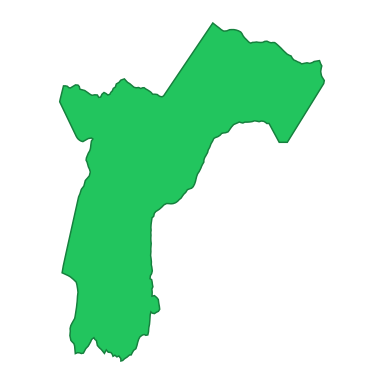 the district of Banabuiú, Ceará, Brazil
{"feature_id": "56859067B2884991819750", "entity_name": "Banabuiú", "entity_type": "district", "adm_level": 2, "iso_a3": "BRA", "parent_name": "Brazil", "parent_adm1": "Ceará", "projection": "equal_earth", "projection_center": [-38.898, -5.294], "detail": "fine", "context": "isolated", "style": "filled", "palette": "green", "viewbox_px": 384, "rotation_deg": 0, "n_neighbors": 0, "source": "geoboundaries", "source_scale": "gbopen_adm2", "svg_char_len": 3843}
<svg xmlns="http://www.w3.org/2000/svg" viewBox="0 0 384 384"><path d="M319.5,60.6L314.1,61.5L312.5,62.5L309.8,63.4L307.0,62.8L304.3,63.3L301.6,63.9L299.8,62.6L297.8,61.9L295.8,60.8L293.9,60.0L292.3,58.2L291.1,56.0L289.1,55.2L287.1,54.1L285.6,52.7L284.2,51.4L282.5,49.7L281.1,48.2L279.4,46.6L277.7,45.0L276.2,43.7L274.7,42.6L272.9,42.5L271.1,42.8L269.3,42.3L267.0,41.2L264.7,41.4L262.9,42.3L260.8,42.5L258.2,42.3L256.5,42.0L254.5,42.3L252.4,42.4L250.7,43.2L248.7,42.0L246.3,39.5L244.5,37.7L243.0,35.7L241.9,33.5L240.7,32.0L238.7,30.9L236.4,30.1L233.9,29.6L232.0,29.6L229.7,29.7L226.7,30.9L223.7,31.1L221.4,29.8L219.0,27.8L217.0,26.3L215.1,24.8L212.8,23.0L163.6,95.9L162.0,96.8L159.6,96.3L157.2,94.5L154.9,94.2L152.6,94.2L151.2,92.5L149.7,91.3L147.8,90.1L145.7,88.9L144.1,87.7L142.5,87.8L140.8,88.5L138.6,87.5L136.1,87.8L133.9,87.2L131.8,85.4L129.8,83.7L127.6,82.4L126.0,80.7L124.4,78.9L122.3,79.6L120.7,80.2L119.1,82.3L116.3,84.0L115.4,87.0L113.3,88.4L112.3,90.9L110.9,92.3L109.8,94.3L107.9,95.0L105.8,93.4L104.0,92.5L102.0,94.2L100.6,97.1L98.7,97.4L97.4,95.0L94.8,94.8L91.9,95.3L89.6,94.0L87.9,92.7L84.7,90.5L79.9,89.2L79.3,86.6L78.0,85.1L75.5,84.9L72.8,86.5L70.3,88.0L68.8,87.7L67.4,86.3L65.6,85.9L63.5,85.9L60.3,98.8L59.7,101.8L76.4,136.6L77.7,138.6L79.4,140.1L81.1,141.1L82.9,141.6L88.3,138.5L91.5,138.0L92.9,139.0L91.4,141.1L90.9,144.6L90.5,148.2L89.8,150.7L88.3,153.2L86.4,157.9L86.1,160.2L87.1,162.2L88.4,166.9L89.5,169.2L90.3,172.0L89.3,175.9L86.9,178.7L85.3,180.5L83.9,186.0L82.5,187.8L81.3,189.4L80.0,193.7L78.6,196.9L67.3,247.5L63.3,265.8L62.1,272.8L64.1,273.7L68.2,275.6L70.3,276.8L73.3,279.3L76.2,282.1L76.9,284.7L77.6,289.0L78.0,292.3L77.5,296.2L77.2,301.1L76.5,307.4L75.2,315.9L74.7,318.4L72.0,323.2L70.8,325.6L70.1,328.6L70.3,331.1L69.9,335.6L70.9,340.4L72.5,342.2L73.9,343.6L74.6,345.9L75.3,353.6L77.4,352.7L79.4,352.8L81.3,353.5L83.4,353.1L85.8,348.6L88.2,346.1L90.5,342.1L91.7,339.4L93.9,337.7L94.9,339.4L96.4,340.6L97.4,345.5L99.4,347.8L101.4,349.6L104.4,353.4L106.3,349.9L108.2,352.2L110.9,352.5L112.3,354.3L113.0,356.3L114.9,355.2L116.9,356.9L118.9,356.0L120.8,358.6L120.9,361.0L122.7,360.5L124.6,358.7L127.1,357.1L129.5,355.0L131.2,354.9L132.2,352.8L133.7,350.3L135.9,348.7L137.0,345.3L137.7,342.3L138.7,339.2L140.0,336.8L142.5,335.0L144.2,334.5L145.8,335.3L147.8,334.9L148.5,331.9L148.8,327.8L149.5,324.2L149.8,320.7L150.0,317.4L150.2,314.7L150.9,311.9L152.2,313.1L154.4,313.6L156.4,312.3L158.4,311.3L159.7,309.3L159.4,306.7L158.7,302.7L158.3,299.5L156.8,297.6L154.4,295.6L152.0,296.2L152.2,292.2L151.9,289.0L152.9,286.8L152.4,284.3L152.1,281.8L151.6,279.6L150.0,278.7L150.4,275.7L151.6,273.7L152.3,270.9L151.8,267.0L151.3,264.8L151.4,261.8L151.0,258.1L150.6,255.5L150.9,251.7L150.8,248.7L151.2,243.7L150.9,240.8L150.8,238.1L151.0,235.2L150.8,232.5L151.1,230.3L150.9,227.5L151.1,224.2L151.5,221.4L152.0,217.9L153.7,216.3L154.3,213.4L155.8,211.5L157.6,210.4L159.4,209.2L161.8,207.1L163.9,204.9L166.6,203.5L169.0,203.6L171.0,203.8L173.1,203.6L175.6,202.7L177.6,201.3L179.1,199.7L181.1,198.1L182.4,196.1L183.8,194.2L185.7,192.4L187.4,189.7L189.7,188.8L191.6,188.2L193.2,186.7L194.6,184.0L195.5,181.3L196.1,178.7L196.7,176.3L197.6,173.9L199.2,171.5L200.8,168.3L201.7,166.0L202.7,164.0L203.8,162.2L203.9,159.9L204.7,157.6L205.9,155.6L207.6,152.5L208.2,150.0L209.7,147.3L211.0,143.8L212.6,141.1L213.8,138.5L215.5,137.5L217.8,136.7L220.0,135.3L221.7,133.4L223.2,133.0L225.7,132.7L228.1,131.8L229.6,129.7L231.4,127.1L233.6,124.6L235.6,123.7L237.5,122.9L239.3,122.0L241.0,122.6L242.9,123.0L244.9,122.1L247.4,122.1L249.4,122.0L252.2,121.6L254.6,120.8L256.9,121.2L259.1,121.7L261.5,121.0L263.9,121.4L265.5,122.4L266.9,123.5L269.0,123.4L279.2,142.3L287.3,142.3L323.7,83.6L324.3,80.5L323.0,78.5L321.6,76.1L321.1,73.9L320.7,71.5L321.2,68.4L321.8,65.9L320.7,63.9L319.5,60.6Z" fill="#22c55e" stroke="#15803d" stroke-width="1.5"/></svg>